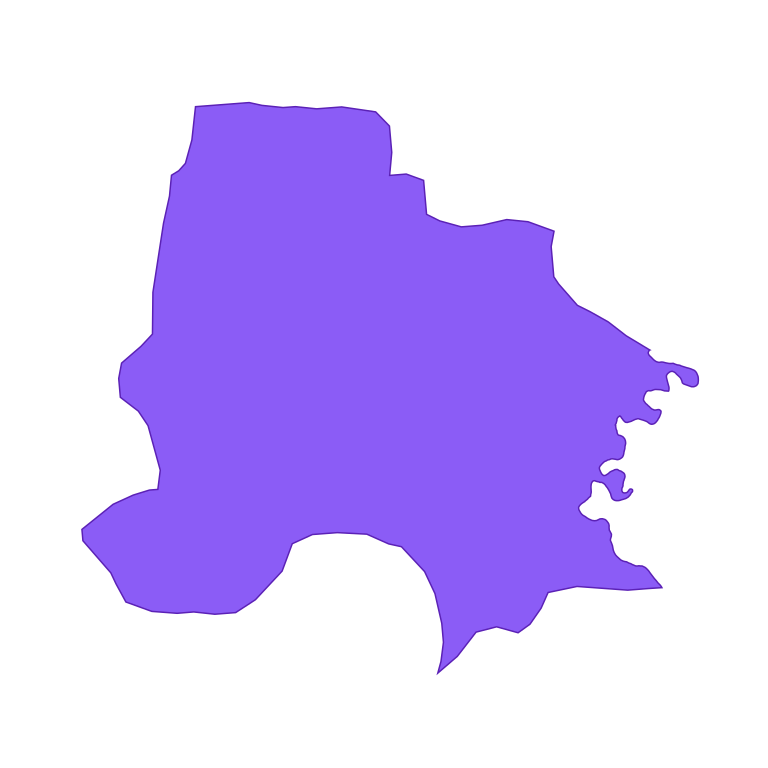 Samsu, Ryanggang, North Korea, rotated 85°
{"feature_id": "82179303B33326321250637", "entity_name": "Samsu", "entity_type": "district", "adm_level": 2, "iso_a3": "PRK", "parent_name": "North Korea", "parent_adm1": "Ryanggang", "projection": "mercator", "projection_center": [128.058, 41.242], "detail": "fine", "context": "isolated", "style": "filled", "palette": "violet", "viewbox_px": 768, "rotation_deg": 85, "n_neighbors": 0, "source": "geoboundaries", "source_scale": "gbopen_adm2", "svg_char_len": 6119}
<svg xmlns="http://www.w3.org/2000/svg" viewBox="0 0 768 768"><g transform="rotate(85 384 384)"><path d="M611.1,124.9L610.4,125.2L609.5,125.7L608.5,126.3L605.9,128.5L603.4,130.1L601.4,131.6L597.6,134.0L595.2,135.5L593.1,136.7L591.2,138.2L590.5,138.8L589.9,139.4L589.3,140.1L587.8,142.7L587.6,144.6L587.4,145.4L587.3,146.5L587.4,147.5L587.3,148.3L587.2,149.0L586.9,149.7L586.0,151.3L585.6,152.2L584.5,153.8L583.6,155.9L582.6,157.3L582.2,158.1L581.9,159.4L581.4,160.8L581.0,161.7L579.8,163.6L576.1,167.0L574.5,168.2L572.8,169.0L571.9,169.4L570.1,169.9L569.2,170.1L565.0,170.5L562.7,171.1L560.2,171.9L559.5,172.1L558.2,171.9L555.5,170.8L553.4,170.5L550.2,171.8L549.2,172.3L546.4,172.3L545.1,172.1L544.3,172.1L542.9,172.3L541.8,172.8L539.9,174.0L539.4,174.4L538.8,174.9L538.2,175.7L537.3,178.0L537.2,179.0L537.2,179.8L537.2,180.6L538.5,184.0L538.6,186.0L538.2,187.9L538.0,188.7L536.5,191.4L536.2,192.0L535.4,192.9L535.0,193.6L533.9,194.7L532.0,197.4L530.9,198.4L530.3,198.8L529.6,199.3L528.8,199.6L528.1,200.0L526.4,200.7L525.7,200.9L524.2,200.9L523.7,200.8L522.6,200.1L521.4,198.9L520.4,197.6L519.1,195.3L518.7,194.3L518.2,193.9L516.4,191.2L515.9,190.8L515.5,190.4L514.5,189.1L513.9,188.1L513.4,187.9L512.4,187.8L511.3,187.4L509.8,187.0L508.5,186.9L507.5,187.0L506.9,186.8L506.1,186.9L503.8,186.7L501.5,186.2L500.9,185.9L499.6,185.1L498.7,183.9L498.7,182.5L499.0,181.9L499.4,181.2L500.1,179.1L500.2,178.5L500.8,177.5L501.0,175.6L501.4,175.0L502.4,173.6L503.0,173.1L503.6,172.5L504.4,172.1L505.3,171.6L506.9,170.5L509.6,169.2L513.2,167.8L514.9,167.6L517.1,167.1L517.8,166.8L518.4,166.3L519.0,165.8L519.5,165.1L520.0,164.3L520.4,163.0L520.6,161.2L520.6,160.2L520.5,159.3L520.0,157.2L519.7,155.5L519.4,154.3L519.2,153.2L518.0,150.7L516.4,148.9L515.8,148.3L513.7,146.9L513.3,146.2L512.8,145.8L511.4,145.6L510.8,145.8L510.2,146.8L510.1,147.5L510.1,148.1L510.6,148.8L512.2,150.2L512.9,150.9L513.3,151.7L513.5,152.5L513.5,154.1L513.1,155.2L512.7,155.7L512.1,156.0L511.4,156.2L510.7,156.4L508.5,156.0L507.1,155.1L506.4,154.9L505.7,154.7L505.0,154.7L501.8,153.9L501.0,153.4L500.1,153.1L498.6,152.4L497.4,152.0L496.1,152.0L495.3,152.1L494.6,152.3L493.6,152.9L492.6,154.1L492.1,154.7L491.6,155.3L491.0,156.6L490.8,157.2L490.4,157.8L489.9,158.3L489.5,158.9L489.4,159.5L489.4,160.1L489.4,161.0L489.6,162.0L490.1,162.9L490.7,165.0L491.2,166.1L491.6,166.9L492.2,167.6L492.8,168.4L493.4,169.5L494.3,171.3L494.4,172.3L494.3,173.2L493.8,173.8L493.0,174.6L492.2,175.1L490.7,175.8L489.6,176.1L488.7,176.5L487.8,176.7L487.0,176.8L486.0,176.7L485.2,176.3L484.3,175.6L483.7,174.9L483.1,174.4L481.1,172.0L480.3,170.7L480.0,169.4L479.7,168.7L479.3,168.2L479.1,167.3L479.1,166.6L478.9,165.7L478.5,164.7L478.4,163.6L478.5,162.7L479.2,159.8L479.5,159.0L479.7,158.1L479.7,157.3L479.5,156.4L479.3,155.6L478.9,154.9L478.5,154.1L477.9,153.2L477.2,152.5L475.5,151.6L473.8,151.1L472.8,150.9L469.4,149.7L467.3,149.4L464.6,148.5L463.7,148.4L462.7,148.4L461.4,148.5L459.7,149.0L459.0,149.4L457.4,150.6L456.6,151.8L455.9,153.1L455.7,153.7L455.6,154.3L455.3,154.9L454.9,155.3L454.3,155.6L453.0,156.0L450.8,156.1L450.1,156.4L448.6,156.8L447.7,156.8L446.9,156.9L445.4,156.8L445.0,157.2L443.4,156.2L442.6,155.9L440.4,155.1L439.4,155.0L438.8,154.8L437.6,153.9L436.5,152.2L436.4,151.8L437.1,151.1L437.8,150.6L438.6,150.3L439.8,149.4L440.8,148.9L442.2,147.8L442.9,147.1L443.2,146.6L443.5,145.0L443.3,144.0L443.1,143.0L443.0,142.3L442.6,140.6L442.2,139.8L442.0,139.1L441.2,137.0L440.7,134.2L440.8,133.4L441.4,132.1L442.6,129.0L443.7,126.6L444.7,124.9L445.7,123.9L446.5,123.0L447.1,122.0L447.4,121.0L447.4,119.9L447.2,118.8L446.9,118.0L446.0,116.6L445.3,116.0L444.2,114.8L442.6,113.8L442.0,113.3L440.7,112.4L437.4,110.8L436.6,110.6L435.5,110.4L434.6,110.7L434.2,111.2L433.6,111.9L433.4,112.7L433.4,113.7L433.5,114.5L433.6,115.8L433.5,116.8L433.2,117.6L432.8,118.2L432.4,119.1L431.0,120.6L429.5,121.8L428.9,122.5L427.2,123.9L426.6,124.6L425.9,125.2L425.0,125.7L423.6,126.5L423.1,126.7L422.5,126.9L421.7,126.8L419.8,126.3L418.3,125.7L416.7,124.8L416.1,124.3L414.8,123.6L414.1,122.5L413.9,121.9L413.7,121.1L413.7,120.5L414.0,119.8L414.0,118.9L413.9,118.0L413.3,115.8L413.1,114.7L413.1,113.8L413.3,112.4L413.8,108.8L415.3,105.1L415.9,101.2L415.6,100.9L414.9,100.7L413.0,100.4L411.9,100.4L405.8,101.5L402.4,102.0L400.8,102.0L400.2,101.9L398.9,101.0L398.3,100.4L397.2,98.8L396.7,97.8L396.5,96.7L396.5,95.7L396.8,95.0L397.2,94.2L397.9,93.2L398.6,92.5L399.5,91.9L401.8,89.8L402.7,89.0L403.7,88.2L405.6,87.4L407.0,87.0L408.8,86.7L409.5,86.1L410.1,85.4L413.5,78.0L413.6,77.1L413.7,76.3L413.7,75.5L413.5,74.6L412.9,73.0L412.3,72.3L411.0,71.2L408.8,70.7L407.5,70.5L405.4,70.4L403.7,70.5L400.5,71.5L399.0,72.3L398.5,72.7L397.9,73.2L397.1,74.2L396.7,75.1L395.7,76.9L394.6,79.6L394.3,80.6L391.9,86.4L391.2,87.5L390.8,88.8L390.6,90.0L389.5,92.5L388.6,94.1L388.6,96.4L388.5,97.4L388.3,98.5L387.5,101.4L386.8,103.3L386.5,104.3L386.3,105.5L386.3,106.4L386.4,107.4L386.4,108.3L385.8,110.0L385.3,111.0L384.6,111.9L383.3,113.3L380.7,115.4L379.6,116.4L378.4,117.4L376.8,118.0L376.0,118.1L375.3,117.9L374.6,117.4L373.9,117.2L373.4,116.6L373.3,116.2L372.4,117.5L357.1,138.5L341.7,155.2L330.2,172.0L322.5,184.5L299.6,201.3L292.0,205.5L261.7,205.5L246.6,201.3L234.9,226.4L230.9,247.4L234.4,272.4L234.2,293.3L226.4,314.2L218.7,326.8L184.6,326.8L176.8,343.5L176.7,360.2L154.0,356.1L127.5,356.1L112.2,368.6L104.3,402.0L104.0,427.1L100.0,448.0L99.8,460.5L95.8,481.3L91.9,493.8L91.3,547.6L124.1,554.1L146.9,562.6L153.7,569.9L157.5,577.5L178.1,581.3L204.5,589.6L272.5,606.2L314.1,610.3L325.3,622.8L340.3,643.6L355.4,647.8L374.3,647.8L389.6,631.1L404.9,622.7L450.4,614.4L469.3,618.5L469.2,626.9L472.8,643.5L480.2,664.3L502.5,697.6L513.9,697.6L548.3,672.6L559.7,668.4L578.7,660.1L590.3,635.1L594.4,610.1L594.5,593.4L598.6,572.6L598.8,551.7L587.7,530.9L561.5,501.8L535.1,489.3L527.7,468.4L528.0,443.4L532.1,414.2L543.7,393.3L547.6,380.8L574.4,359.9L597.2,351.5L627.5,347.3L646.5,347.3L665.3,351.4L676.7,355.6L661.7,334.7L639.2,313.9L635.7,293.0L643.5,272.1L636.0,259.5L621.0,247.0L606.0,238.7L602.5,209.4L610.6,159.2L610.8,138.3L611.1,124.9Z" fill="#8b5cf6" stroke="#5b21b6" stroke-width="1.5"/></g></svg>